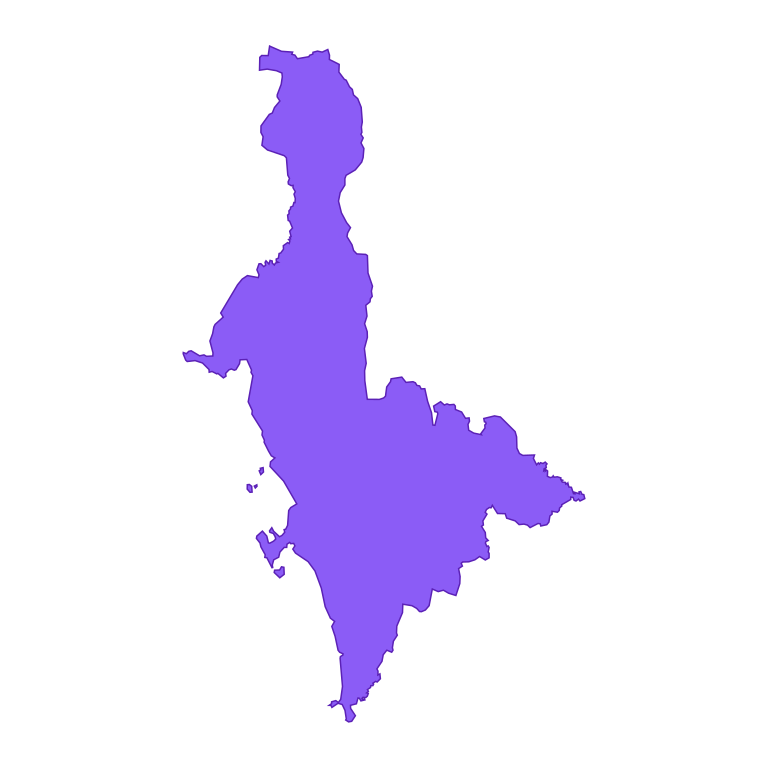 Sikao, Trang, Thailand (Robinson projection)
{"feature_id": "78962969B32337273254454", "entity_name": "Sikao", "entity_type": "district", "adm_level": 2, "iso_a3": "THA", "parent_name": "Thailand", "parent_adm1": "Trang", "projection": "robinson", "projection_center": [99.375, 7.613], "detail": "fine", "context": "isolated", "style": "filled", "palette": "violet", "viewbox_px": 768, "rotation_deg": 0, "n_neighbors": 0, "source": "geoboundaries", "source_scale": "gbopen_adm2", "svg_char_len": 6102}
<svg xmlns="http://www.w3.org/2000/svg" viewBox="0 0 768 768"><path d="M584.8,498.6L583.8,494.6L582.0,494.3L580.7,491.5L579.0,491.9L579.4,493.8L574.3,492.2L574.9,493.8L573.5,493.7L571.4,487.3L568.9,487.0L568.0,483.6L567.7,484.5L567.0,483.3L565.8,484.1L565.3,482.4L562.3,482.1L561.5,480.8L562.6,480.2L560.7,479.5L560.9,477.9L557.4,476.8L554.1,477.2L553.2,475.8L552.5,477.0L550.2,477.6L547.4,476.3L547.6,471.0L546.6,470.1L545.3,471.1L545.4,469.5L543.8,470.7L544.1,468.8L546.3,467.6L545.9,465.3L547.0,463.9L545.2,462.1L543.0,463.5L540.5,462.7L539.4,464.1L538.3,462.9L536.6,464.8L533.4,458.5L534.5,455.0L522.8,455.4L519.4,453.5L516.9,448.1L516.6,436.9L515.1,431.6L500.4,417.0L494.5,415.9L483.8,418.5L484.4,421.8L485.7,422.2L486.1,423.7L484.8,425.0L485.0,428.0L480.8,433.7L481.4,434.7L473.7,433.1L468.7,430.2L468.0,424.4L469.5,421.2L469.1,417.9L465.5,418.3L461.6,412.0L455.4,409.5L455.3,406.0L453.9,404.4L449.4,404.8L447.0,403.9L444.3,405.0L440.6,401.7L433.6,406.1L434.8,411.6L437.4,412.2L437.8,413.8L434.9,425.3L432.9,425.0L431.5,412.7L427.6,401.3L424.8,388.7L421.2,388.9L419.6,385.9L416.9,385.4L415.4,382.8L413.0,381.7L406.0,382.4L401.8,377.1L391.1,378.8L390.5,381.7L386.7,387.0L385.5,396.2L383.6,398.0L379.4,399.4L367.3,399.3L364.8,380.6L364.6,370.7L366.2,363.4L364.4,348.5L367.4,337.3L367.2,331.6L364.6,323.7L367.0,316.1L365.8,305.3L370.0,301.8L370.4,298.7L372.2,296.4L371.4,291.1L372.5,286.2L368.0,273.0L367.4,255.6L365.7,254.4L356.8,253.9L353.6,250.5L352.0,244.8L347.0,236.6L347.6,233.0L350.5,227.6L346.6,222.6L341.4,212.8L338.5,201.1L340.2,192.6L344.9,185.0L344.9,178.6L346.1,175.3L355.3,169.9L361.7,162.1L363.1,157.6L363.9,148.5L361.0,142.9L363.2,137.9L360.9,134.3L361.9,132.4L361.4,127.0L362.3,122.0L361.2,107.3L357.7,98.6L353.5,94.9L352.3,89.4L349.5,86.8L346.2,80.2L344.3,79.3L338.9,72.1L339.2,64.4L329.4,59.5L329.5,55.2L327.8,49.5L322.2,52.1L317.5,51.1L313.0,52.3L312.8,54.1L309.6,55.3L308.9,56.7L297.4,58.7L294.9,55.1L291.8,54.3L292.6,52.1L281.5,51.3L269.6,46.1L268.2,55.6L261.7,55.5L259.8,57.3L259.5,70.2L267.2,69.1L276.4,70.7L281.9,73.0L282.3,76.8L281.2,84.3L277.2,94.9L277.2,96.9L279.9,101.0L274.5,107.5L272.3,113.0L269.3,114.4L261.0,125.9L260.9,132.4L263.1,136.7L261.9,145.3L267.5,150.0L284.3,155.7L286.4,157.8L287.8,175.2L289.5,178.5L288.1,181.9L288.4,184.0L291.3,185.7L293.1,185.4L293.0,187.7L295.3,191.7L294.0,194.1L295.3,198.5L295.0,202.6L293.9,202.5L292.9,206.1L290.6,207.1L290.5,209.0L288.9,210.9L289.1,213.7L287.6,215.1L288.2,220.5L289.6,221.1L292.5,228.0L289.7,231.2L291.1,236.6L289.7,237.2L290.5,238.9L288.6,239.5L289.9,240.9L289.2,243.5L287.6,242.6L283.3,245.7L283.5,249.2L280.7,253.0L279.1,253.5L278.4,258.1L276.2,259.1L276.3,261.3L278.3,262.3L275.5,263.0L274.3,265.0L272.3,263.1L272.2,261.0L270.1,260.4L268.9,264.0L266.0,260.8L265.1,262.3L265.6,265.3L263.8,266.6L260.9,263.7L259.0,263.8L256.9,269.8L259.0,274.8L258.3,277.6L247.4,275.6L242.2,279.1L237.6,284.7L220.7,313.0L223.2,317.1L215.1,324.4L213.9,326.8L212.6,333.7L209.9,341.0L213.0,352.9L212.8,356.0L206.5,356.3L204.0,354.9L199.6,355.8L191.2,350.8L188.8,351.3L186.4,353.7L183.3,352.5L183.2,353.8L185.7,360.1L187.2,361.5L195.1,360.6L202.5,363.0L209.0,369.5L209.2,372.2L212.1,371.5L216.8,373.9L217.9,373.4L223.4,377.9L226.0,376.2L225.6,373.4L229.0,369.8L231.4,369.0L234.3,370.2L236.0,369.6L239.5,363.7L240.1,359.8L246.8,359.5L251.5,370.0L251.0,372.3L252.9,375.7L248.2,401.8L252.3,410.7L251.9,414.1L262.5,431.0L262.0,435.0L264.4,440.2L264.1,442.2L268.5,451.0L271.3,455.8L274.9,457.9L270.5,461.9L270.0,466.4L283.6,481.1L296.8,503.9L290.7,507.6L288.7,510.5L287.6,525.4L285.7,529.2L284.1,529.6L284.7,532.3L281.9,535.5L279.5,536.7L273.7,531.3L271.8,527.7L269.5,530.9L269.9,532.3L273.4,533.5L275.2,536.8L275.7,539.1L273.5,541.2L269.7,543.2L268.4,542.8L266.8,536.1L262.4,531.1L256.8,536.1L256.4,538.4L260.0,543.0L260.9,546.9L265.2,554.7L264.8,557.4L266.9,557.8L272.0,567.7L272.7,567.5L272.3,565.0L273.7,559.8L278.7,557.2L279.9,552.1L284.2,547.4L286.7,547.4L287.0,544.2L289.7,542.4L290.7,543.7L293.7,543.4L294.9,545.9L292.8,549.1L295.5,553.1L308.1,561.6L315.0,571.0L321.3,588.1L325.2,606.7L330.4,618.2L334.6,621.4L331.8,626.4L335.1,636.3L338.1,650.3L339.7,652.3L343.0,653.8L342.9,655.0L340.4,656.6L340.1,658.4L342.5,686.5L340.7,699.4L338.3,702.5L335.8,700.6L331.6,701.8L331.5,703.7L329.2,705.3L330.9,705.3L331.9,707.4L338.0,703.3L342.2,704.5L345.0,710.4L346.3,718.9L345.7,720.0L348.6,721.9L351.7,721.3L355.4,715.7L350.6,708.4L350.5,705.3L356.4,703.8L358.0,698.0L359.4,698.3L360.9,700.9L364.9,699.9L364.5,698.9L362.4,699.5L362.0,698.3L363.0,697.3L365.7,697.6L367.3,696.2L368.3,693.4L366.6,692.9L368.4,691.3L367.4,689.6L370.5,687.5L370.8,685.7L372.9,685.6L373.6,684.2L372.9,683.2L375.6,681.4L377.2,682.0L380.4,678.7L379.9,673.9L377.9,675.0L378.0,671.1L376.9,668.9L382.0,661.3L383.2,654.8L386.8,650.2L391.7,652.2L393.0,650.2L392.4,647.7L393.4,641.2L397.3,635.2L396.5,633.0L396.8,626.1L402.5,612.6L402.8,604.2L412.0,605.7L416.7,608.4L419.5,611.5L421.4,611.7L425.4,610.0L429.1,605.7L432.3,589.0L438.2,591.6L443.4,590.2L448.6,593.2L455.9,595.5L459.8,583.6L460.1,576.5L458.6,568.6L462.4,566.1L461.2,563.3L462.6,562.0L468.8,561.8L474.9,559.8L479.6,556.5L485.3,560.0L489.1,557.8L489.1,553.3L488.2,552.0L489.1,547.4L488.1,545.9L486.9,546.5L485.4,543.0L486.0,541.5L488.2,540.5L485.7,537.8L485.3,532.5L481.5,526.3L483.4,525.0L482.9,520.9L487.0,514.1L485.2,512.3L486.5,509.5L489.3,507.5L491.1,507.8L492.3,505.3L497.5,513.5L505.2,513.7L506.7,518.2L515.2,520.9L519.1,524.6L524.0,524.1L527.5,525.1L530.1,527.6L538.0,523.5L540.2,523.8L540.8,526.0L546.8,524.7L548.9,522.1L549.9,516.0L552.1,514.1L552.0,511.3L557.5,512.2L559.2,510.5L559.6,508.0L561.8,506.0L561.7,504.7L570.7,499.5L570.8,497.1L573.1,497.4L574.1,500.3L576.0,501.0L578.5,499.1L580.0,501.0L584.8,498.6ZM284.2,574.3L283.9,567.3L281.5,566.8L279.6,570.0L274.6,570.2L274.2,572.5L279.8,577.8L284.2,574.3ZM252.1,492.1L251.7,486.3L249.4,484.5L247.3,484.7L247.2,489.1L250.0,492.3L252.1,492.1ZM263.1,467.6L260.3,468.3L260.8,469.8L259.2,470.8L260.8,474.6L263.5,472.0L263.1,467.6ZM255.3,488.0L257.0,486.3L256.8,484.8L254.3,486.1L255.3,488.0Z" fill="#8b5cf6" stroke="#5b21b6" stroke-width="1.5"/></svg>